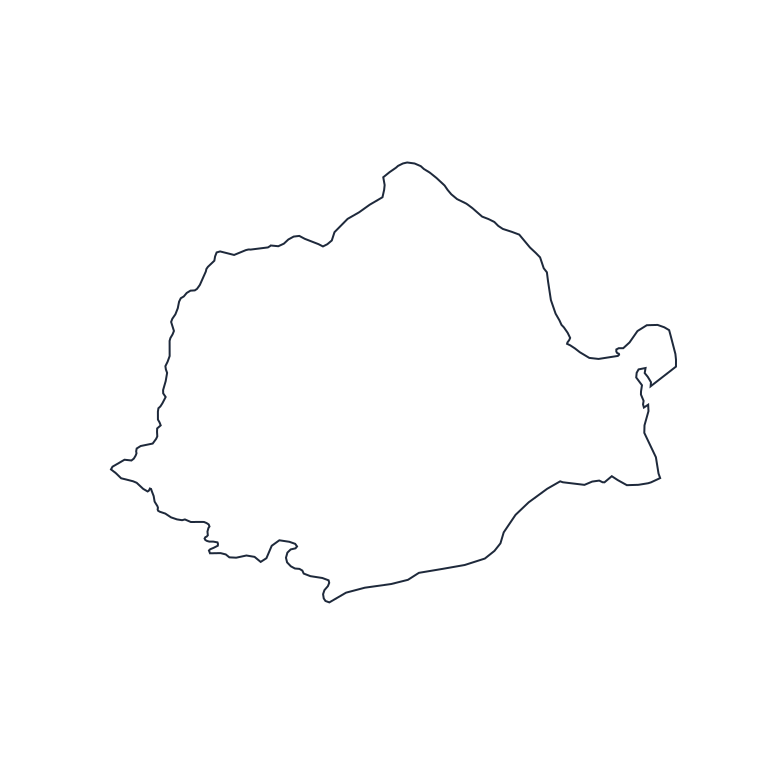 outline of Romania, rotated 339°
{"feature_id": "ROU", "entity_name": "Romania", "entity_type": "country or territory", "adm_level": 0, "iso_a3": "ROU", "parent_name": "Europe", "parent_adm1": "", "projection": "orthographic", "projection_center": [24.529, 45.967], "detail": "fine", "context": "isolated", "style": "outline", "palette": "slate", "viewbox_px": 768, "rotation_deg": 339, "n_neighbors": 0, "source": "natural_earth", "source_scale": "50m", "svg_char_len": 3453}
<svg xmlns="http://www.w3.org/2000/svg" viewBox="0 0 768 768"><g transform="rotate(339 384 384)"><path d="M578.2,424.5L585.0,433.2L593.3,437.5L612.4,441.6L614.0,440.9L614.1,439.9L612.8,438.7L612.5,437.0L613.3,435.0L615.9,434.7L620.2,436.3L628.1,433.2L639.6,425.4L650.4,423.3L660.6,426.9L666.0,431.5L669.5,435.9L668.9,441.8L668.5,445.4L666.8,460.4L665.3,466.0L662.8,472.4L632.1,481.7L633.9,478.0L632.8,471.8L631.3,467.2L633.9,462.8L626.9,461.6L623.9,464.1L621.8,468.3L624.4,477.6L621.3,483.0L620.1,485.9L620.3,492.8L618.5,495.9L618.2,499.1L623.2,498.0L621.2,504.1L612.4,515.9L609.5,522.9L611.6,549.8L608.2,566.0L608.1,570.8L598.0,571.5L595.0,571.3L585.4,569.3L574.5,565.5L567.8,557.5L563.6,551.7L554.6,554.8L552.9,554.1L550.3,551.3L543.4,549.7L535.0,550.0L515.7,539.8L513.6,538.0L498.8,540.3L476.7,546.3L459.9,553.3L442.6,565.4L435.6,574.5L427.3,579.4L415.6,583.1L394.5,581.9L372.5,577.6L348.9,572.8L336.2,575.4L319.0,573.3L293.1,567.3L273.8,565.2L254.7,568.3L251.6,565.6L250.9,562.6L251.8,558.4L254.5,555.1L259.2,552.6L261.6,550.0L261.9,547.4L256.9,543.0L246.4,537.0L242.2,533.2L241.1,532.2L240.9,528.9L238.8,526.3L234.7,524.3L231.7,520.8L229.6,515.8L230.2,511.1L233.4,506.8L237.6,505.0L242.5,505.7L244.6,504.5L243.8,501.4L239.1,497.4L230.3,492.4L221.2,494.8L211.8,504.5L205.1,505.9L201.2,499.0L194.1,494.8L183.8,493.2L177.5,490.4L175.2,486.4L170.8,483.3L160.9,479.7L160.9,476.7L162.6,476.0L166.1,475.9L170.9,475.4L171.7,473.8L171.8,472.2L168.2,470.0L164.4,468.5L162.5,467.1L161.3,465.6L161.1,464.0L162.3,463.0L163.8,462.9L165.3,462.1L166.3,458.5L168.5,455.5L170.0,454.5L170.0,452.3L168.5,450.2L166.5,448.3L163.5,447.1L154.2,443.6L149.6,439.1L146.7,438.8L142.2,436.2L137.4,432.2L133.4,426.6L128.9,422.9L127.7,421.4L127.7,420.0L128.6,418.6L128.7,416.9L127.7,411.6L128.8,406.1L128.8,400.9L128.9,398.5L128.0,397.7L127.2,398.5L126.0,399.4L124.8,399.6L121.6,395.6L117.7,387.6L114.9,384.9L109.4,381.0L104.8,377.8L101.7,371.1L98.5,365.9L100.9,363.9L114.6,361.7L120.8,364.9L123.7,364.0L126.5,361.8L128.1,360.0L128.5,358.0L130.0,355.6L134.6,354.7L146.7,356.7L151.7,353.5L153.6,351.6L154.9,347.5L156.3,344.2L160.7,342.6L160.7,339.5L160.2,336.2L163.0,328.8L164.7,325.8L167.2,324.8L170.2,322.6L175.5,317.9L174.5,313.6L175.6,310.5L181.2,303.1L185.5,295.9L185.6,292.2L186.3,289.0L190.0,285.6L193.9,281.1L199.3,266.9L201.1,264.5L204.4,261.9L206.9,259.2L207.5,249.8L209.8,247.2L214.2,244.2L218.6,239.4L222.2,233.7L225.0,231.1L228.5,230.5L232.4,228.3L236.8,227.5L240.9,228.8L243.5,228.2L247.6,225.5L258.0,215.1L259.4,213.0L261.6,211.5L269.8,208.1L272.0,204.4L274.9,201.2L278.5,201.5L290.3,209.8L303.0,209.5L305.3,209.8L306.1,210.0L307.6,210.7L324.6,214.9L327.2,214.4L327.9,214.1L334.7,217.5L340.8,217.1L346.5,214.8L352.5,214.0L358.0,215.4L362.1,220.1L373.0,230.0L376.3,233.7L381.2,233.2L386.7,231.3L392.2,224.5L409.2,216.8L422.2,214.8L434.9,211.5L449.5,209.1L453.7,202.8L455.9,198.5L457.4,190.7L465.2,188.2L472.6,186.4L475.3,185.4L480.7,184.9L485.0,185.5L491.6,189.1L496.4,193.8L498.3,197.6L502.4,202.9L506.8,210.4L511.7,220.4L512.9,225.5L514.8,231.0L518.5,237.6L525.3,244.9L526.3,246.3L529.5,251.4L535.6,262.9L540.6,267.4L545.1,272.3L547.3,277.3L550.5,281.8L557.8,287.7L563.8,293.0L569.2,308.9L572.7,316.1L575.1,321.7L574.6,333.2L576.1,338.1L573.9,347.1L569.9,365.4L569.4,379.8L570.6,387.5L570.9,392.4L572.2,395.5L573.8,402.0L574.3,407.7L572.6,409.4L570.2,410.9L569.3,412.1L571.7,414.6L575.0,419.2L578.2,424.5Z" fill="none" stroke="#1e293b" stroke-width="2"/></g></svg>